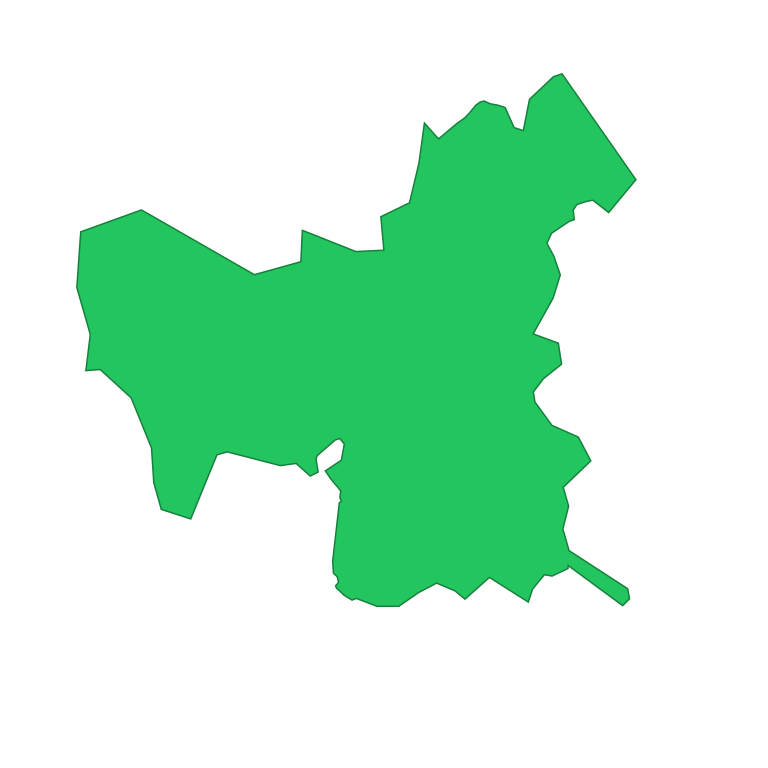 the district of Um Dam Haj Ahmed, North Kordufan, Sudan, rotated 168°
{"feature_id": "16777658B82514176386469", "entity_name": "Um Dam Haj Ahmed", "entity_type": "district", "adm_level": 2, "iso_a3": "SDN", "parent_name": "Sudan", "parent_adm1": "North Kordufan", "projection": "robinson", "projection_center": [30.757, 13.71], "detail": "fine", "context": "isolated", "style": "filled", "palette": "green", "viewbox_px": 768, "rotation_deg": 168, "n_neighbors": 0, "source": "geoboundaries", "source_scale": "gbopen_adm2", "svg_char_len": 1598}
<svg xmlns="http://www.w3.org/2000/svg" viewBox="0 0 768 768"><g transform="rotate(168 384 384)"><path d="M290.2,630.8L303.5,593.9L303.7,593.5L304.1,592.4L316.7,565.8L321.4,555.9L352.3,548.3L356.3,514.9L384.0,519.4L431.9,551.3L439.9,520.9L488.1,517.9L509.8,537.3L541.7,565.9L585.1,604.7L649.0,595.9L664.4,542.2L661.0,493.6L669.2,469.6L672.7,459.4L672.9,459.1L658.6,457.2L634.2,423.0L624.7,369.8L629.7,335.3L627.9,307.6L601.1,292.2L562.1,349.5L551.5,350.2L502.3,325.7L486.5,324.6L475.3,309.3L466.7,311.6L466.1,325.0L464.0,328.0L443.1,339.5L438.6,339.8L435.3,333.5L441.6,318.3L459.5,311.2L455.6,301.8L448.6,288.6L450.8,281.9L450.1,278.2L452.4,277.1L471.1,221.2L472.8,209.5L469.8,205.2L469.8,199.3L473.2,196.8L473.1,194.6L466.9,185.6L460.2,179.3L455.6,180.0L437.1,168.0L415.7,163.5L393.5,172.8L374.0,178.3L357.6,166.9L349.5,156.7L321.1,172.9L288.2,140.7L281.2,152.6L266.7,164.1L259.5,161.2L242.4,165.3L241.6,168.1L196.6,117.6L188.5,122.8L188.2,133.1L237.6,182.5L239.2,205.0L228.8,226.1L230.2,245.7L197.7,265.8L204.9,291.6L228.3,308.6L240.1,334.9L239.6,345.2L227.0,356.0L206.2,366.5L205.0,387.7L227.7,402.0L200.7,432.9L188.9,454.0L191.3,473.8L195.4,487.7L188.8,496.6L169.2,504.5L163.7,505.3L162.8,514.8L157.9,519.5L148.9,520.4L141.5,520.4L128.6,505.0L95.1,531.5L145.4,650.4L154.3,649.4L182.5,632.2L187.3,621.0L194.9,603.2L195.0,602.9L203.4,607.7L208.0,629.1L209.6,630.2L215.2,633.3L221.6,635.9L221.8,636.0L226.4,639.4L227.2,640.0L231.3,639.8L236.1,637.7L244.4,631.1L249.7,627.5L258.5,623.7L279.3,612.6L279.6,613.1L280.0,612.9L290.2,630.8Z" fill="#22c55e" stroke="#15803d" stroke-width="1.5"/></g></svg>